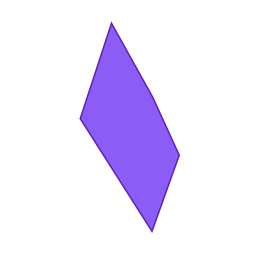 Naga, Mercator projection, rotated 79°
{"feature_id": "PHL-5536", "entity_name": "Naga", "entity_type": "Independent Component City", "adm_level": 1, "iso_a3": "PHL", "parent_name": "Philippines", "parent_adm1": "", "projection": "mercator", "projection_center": [123.259, 13.616], "detail": "fine", "context": "isolated", "style": "filled", "palette": "violet", "viewbox_px": 256, "rotation_deg": 79, "n_neighbors": 0, "source": "natural_earth", "source_scale": "10m", "svg_char_len": 238}
<svg xmlns="http://www.w3.org/2000/svg" viewBox="0 0 256 256"><g transform="rotate(79 128 128)"><path d="M164.5,82.9L234.0,124.2L109.7,173.1L22.0,124.2L102.4,97.9L164.5,82.9Z" fill="#8b5cf6" stroke="#5b21b6" stroke-width="1.5"/></g></svg>